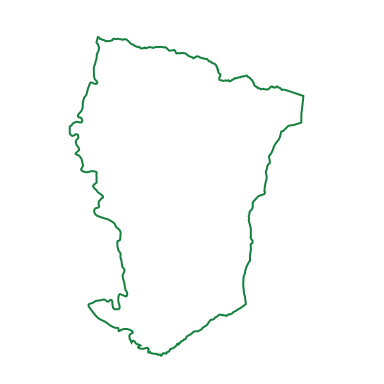 Santa Sofía, Boyacá, Colombia, rotated 176°
{"feature_id": "7082276B71220292123998", "entity_name": "Santa Sofía", "entity_type": "district", "adm_level": 2, "iso_a3": "COL", "parent_name": "Colombia", "parent_adm1": "Boyacá", "projection": "mercator", "projection_center": [-73.594, 5.735], "detail": "fine", "context": "isolated", "style": "outline", "palette": "green", "viewbox_px": 384, "rotation_deg": 176, "n_neighbors": 0, "source": "geoboundaries", "source_scale": "gbopen_adm2", "svg_char_len": 5992}
<svg xmlns="http://www.w3.org/2000/svg" viewBox="0 0 384 384"><g transform="rotate(176 192 192)"><path d="M262.8,45.9L261.6,47.5L260.8,47.7L259.8,46.9L259.1,46.2L258.8,45.0L257.4,44.0L255.8,43.6L254.2,42.5L256.4,41.5L256.6,40.9L256.2,40.1L254.9,39.5L251.6,39.0L247.4,39.7L246.4,38.8L246.1,38.1L246.6,37.6L246.8,35.0L246.2,34.9L245.1,35.5L244.4,34.2L243.6,33.9L239.7,33.0L238.4,33.1L237.4,31.9L236.0,32.2L235.2,32.2L234.8,31.0L234.4,30.9L233.6,31.1L232.1,33.1L230.6,33.1L229.5,32.6L228.8,32.6L228.4,33.9L227.7,33.9L226.1,34.5L225.5,35.2L224.9,36.7L221.5,37.6L218.7,39.5L218.1,40.2L217.6,41.3L217.0,41.4L217.0,41.0L216.4,40.7L215.8,41.0L215.5,42.1L214.6,42.1L213.7,43.5L211.2,44.5L210.2,45.5L208.9,45.6L207.6,47.8L206.9,48.5L202.8,50.3L200.2,52.5L198.5,52.8L195.4,52.7L191.7,54.6L191.3,55.3L190.4,56.1L187.6,57.5L186.2,58.6L182.5,63.1L180.4,63.2L179.0,63.7L177.7,65.2L175.3,66.2L173.8,67.5L172.9,67.8L170.7,67.2L169.9,67.3L169.3,66.8L167.5,66.6L166.6,66.0L165.8,66.1L164.5,67.3L163.8,67.4L163.2,67.2L161.9,67.5L160.7,67.9L159.0,69.4L156.3,70.5L154.5,71.6L151.7,72.9L147.1,75.7L146.1,76.6L146.6,85.0L147.1,86.1L147.4,93.5L147.4,95.7L146.5,103.8L145.1,106.6L144.3,109.9L142.9,113.5L140.2,118.1L138.9,119.5L138.6,123.5L138.0,127.6L137.2,130.4L137.2,135.7L135.5,136.8L135.0,137.9L135.2,139.6L136.2,141.0L136.7,142.3L136.2,144.6L136.2,147.5L135.9,149.2L136.0,152.6L137.4,159.8L137.0,161.5L137.1,164.1L136.2,166.1L136.0,168.1L133.2,170.9L132.5,172.6L132.1,177.5L126.7,182.7L123.5,184.1L122.7,184.1L120.0,185.0L119.1,186.6L119.7,187.6L119.3,190.5L118.4,194.8L116.4,201.0L116.5,202.8L116.9,205.0L116.9,207.4L115.6,209.8L115.0,212.8L114.0,214.2L112.3,215.6L112.3,218.4L112.7,220.9L112.7,222.3L111.7,223.6L110.6,224.5L108.6,228.1L106.9,232.0L104.4,235.6L102.2,237.8L100.6,240.3L98.7,246.1L96.9,246.4L91.4,251.1L89.4,251.6L86.6,251.6L78.1,253.6L77.6,261.4L75.4,272.9L74.2,280.0L90.9,287.0L93.6,287.7L94.5,287.8L95.2,287.5L96.8,289.6L98.3,290.0L99.5,291.3L100.7,291.3L101.3,290.5L102.5,290.3L103.3,290.7L103.6,291.1L104.3,291.0L104.5,291.5L105.5,291.6L106.6,291.2L107.4,290.0L109.4,288.9L110.2,289.2L111.6,289.2L114.4,290.1L115.9,289.6L116.7,290.0L118.2,291.1L119.2,291.0L119.8,292.2L120.7,292.5L122.3,294.0L122.6,294.9L122.7,296.1L123.7,297.6L123.7,298.1L124.0,299.1L124.9,299.7L126.5,301.9L128.3,303.0L129.0,304.2L129.5,304.4L132.8,303.6L134.9,303.7L135.8,303.0L137.7,303.1L139.6,302.3L141.6,302.6L142.2,301.7L144.4,300.9L146.2,299.7L147.5,300.1L147.9,300.9L149.5,300.6L150.3,300.9L153.3,300.7L156.2,301.7L156.8,302.1L156.9,303.9L155.6,306.1L155.4,307.2L156.7,308.4L157.4,309.6L157.6,311.0L157.2,311.8L158.2,313.0L158.0,314.3L158.8,315.2L158.8,316.2L159.5,317.2L161.1,318.7L162.8,319.1L164.0,320.7L165.7,321.0L167.6,323.5L168.4,323.8L170.0,323.9L171.2,324.6L172.2,324.5L173.4,325.4L174.3,325.4L176.1,326.7L177.6,327.0L178.1,326.9L179.6,326.2L180.7,325.3L181.4,325.3L182.3,326.4L184.0,327.0L186.2,328.2L188.6,330.6L192.2,331.4L194.3,331.1L195.8,331.6L197.5,331.2L198.5,332.2L198.9,334.0L199.3,334.2L200.0,335.0L202.6,334.5L205.0,334.7L208.0,338.1L208.6,338.0L209.8,338.4L210.4,338.3L213.1,339.0L215.2,338.9L216.4,339.2L218.4,339.1L220.5,338.4L222.2,339.1L224.6,339.5L226.9,339.0L227.6,338.5L229.3,339.4L230.0,338.8L230.8,339.0L232.3,338.7L233.2,338.8L234.1,340.1L234.8,340.4L236.4,340.5L239.2,341.9L239.8,342.8L242.5,344.0L245.1,347.1L246.4,348.3L247.8,349.1L249.1,349.2L250.4,348.6L251.7,349.3L253.0,349.3L255.1,350.1L257.1,349.8L259.5,350.4L260.3,349.9L260.6,349.1L261.2,348.8L262.5,348.7L263.7,348.3L266.0,348.5L267.2,348.4L267.8,348.6L268.9,349.6L271.2,350.2L271.8,350.9L273.0,351.1L273.9,352.5L275.1,353.1L276.9,347.9L276.7,347.3L275.6,346.2L274.6,342.4L275.7,338.7L276.6,337.4L277.4,335.7L277.9,331.7L279.0,329.1L279.6,326.8L281.1,323.6L281.3,322.2L281.7,315.6L281.5,313.1L281.2,311.7L280.4,310.3L279.1,308.8L278.9,307.7L279.3,306.8L280.5,306.5L282.0,306.9L284.2,308.2L285.4,308.2L285.9,308.0L288.2,303.3L290.7,296.1L293.0,293.7L293.5,292.4L294.8,288.3L295.1,284.1L295.9,281.9L296.9,280.4L299.9,277.3L300.5,276.2L300.4,275.2L299.8,274.4L298.3,274.3L297.1,273.1L296.4,270.9L296.6,270.1L298.0,269.0L302.1,270.1L303.6,269.8L305.9,268.8L307.6,266.9L309.2,265.9L309.5,265.4L309.8,259.0L309.2,257.7L307.7,256.3L306.3,256.4L304.3,257.6L303.6,257.7L302.8,257.6L301.8,256.7L301.5,254.2L304.3,251.1L304.5,250.0L304.1,247.6L301.8,243.5L301.5,242.4L301.9,241.6L305.0,239.0L305.5,238.2L305.2,237.7L302.2,236.2L301.4,235.3L299.9,232.7L298.9,226.4L299.3,224.9L300.9,222.6L301.0,222.0L300.8,221.3L299.6,220.3L296.1,219.0L294.3,219.1L291.5,219.8L290.5,219.8L287.6,219.3L286.2,218.7L285.8,217.8L285.8,217.0L286.2,216.2L286.1,213.0L286.4,211.5L286.4,208.5L286.8,207.8L289.3,206.2L290.4,204.8L289.4,202.9L288.5,201.7L287.3,200.7L285.9,198.3L282.9,195.9L281.1,193.9L281.4,192.4L282.9,191.9L284.2,190.3L285.3,189.4L285.7,188.7L286.0,186.6L285.7,185.1L285.8,183.7L286.5,183.1L289.5,182.4L290.6,181.2L291.0,179.4L290.5,177.5L289.7,176.2L288.2,174.8L282.0,172.1L277.6,170.5L273.3,167.7L271.4,165.8L270.2,162.5L266.8,159.0L266.0,156.9L267.0,149.4L268.0,148.6L269.5,148.3L269.8,148.0L270.2,144.6L270.1,142.5L269.6,139.2L267.5,135.5L268.0,132.2L267.1,127.9L266.9,123.4L266.6,122.2L264.8,119.3L265.0,117.7L266.9,114.0L267.1,112.9L266.9,110.6L266.0,106.7L265.3,99.4L263.7,96.1L263.7,94.8L264.1,93.2L265.0,92.4L265.5,92.5L270.3,94.9L271.1,95.1L271.9,94.6L272.3,93.7L272.9,91.7L273.1,88.7L272.9,85.8L272.5,85.1L272.2,82.6L272.2,81.5L272.9,80.6L273.8,80.2L276.9,80.4L278.0,80.8L278.5,81.6L278.9,82.9L279.2,84.9L279.2,88.4L279.5,89.3L280.0,90.0L280.9,90.1L282.7,88.7L283.4,88.4L284.1,88.7L286.7,90.7L287.5,90.9L291.2,90.3L295.5,90.1L299.1,88.2L301.6,87.7L302.6,87.3L303.1,86.5L303.1,85.3L301.5,82.5L297.9,77.1L295.8,74.2L293.3,71.8L287.8,68.7L282.1,64.0L279.9,62.7L277.9,61.8L276.4,61.7L274.9,61.2L275.0,59.1L274.8,58.4L274.1,58.4L273.1,59.0L270.8,59.8L268.5,60.1L266.1,59.8L263.6,58.8L261.6,57.6L261.0,56.7L260.9,55.9L263.2,54.6L264.1,53.8L264.5,53.0L264.5,50.4L262.8,45.9Z" fill="none" stroke="#15803d" stroke-width="2"/></g></svg>